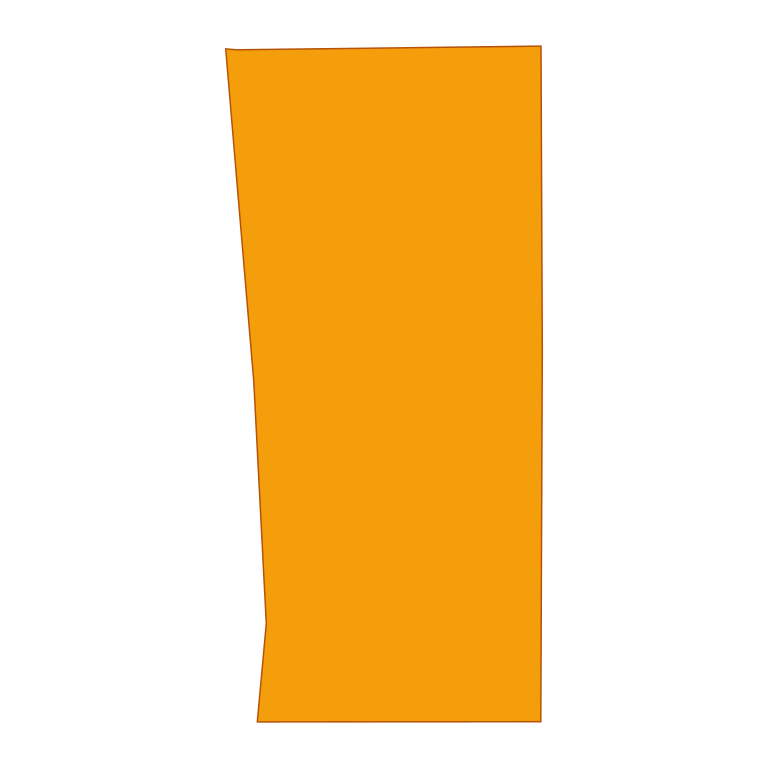 SVG path tracing the border of Nouakchott
{"feature_id": "MRT-2787", "entity_name": "Nouakchott", "entity_type": "District", "adm_level": 1, "iso_a3": "MRT", "parent_name": "Mauritania", "parent_adm1": "", "projection": "natural_earth1", "projection_center": [-15.953, 18.14], "detail": "fine", "context": "isolated", "style": "filled", "palette": "amber", "viewbox_px": 768, "rotation_deg": 0, "n_neighbors": 0, "source": "natural_earth", "source_scale": "10m", "svg_char_len": 237}
<svg xmlns="http://www.w3.org/2000/svg" viewBox="0 0 768 768"><path d="M257.3,721.9L266.3,623.6L253.8,381.8L225.7,48.9L236.9,49.8L541.0,46.1L542.3,350.6L540.8,721.7L257.3,721.9Z" fill="#f59e0b" stroke="#b45309" stroke-width="1.5"/></svg>